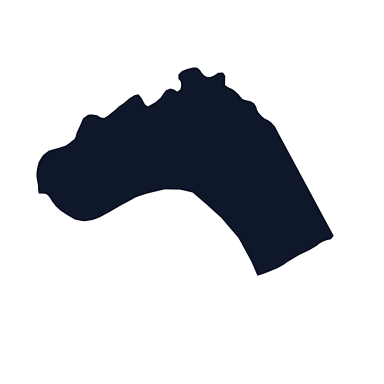 the district of Colares, Pará, Brazil, rotated 224°
{"feature_id": "56859067B45102544726331", "entity_name": "Colares", "entity_type": "district", "adm_level": 2, "iso_a3": "BRA", "parent_name": "Brazil", "parent_adm1": "Pará", "projection": "natural_earth1", "projection_center": [-48.239, -0.919], "detail": "fine", "context": "isolated", "style": "filled", "palette": "ink", "viewbox_px": 384, "rotation_deg": 224, "n_neighbors": 0, "source": "geoboundaries", "source_scale": "gbopen_adm2", "svg_char_len": 1753}
<svg xmlns="http://www.w3.org/2000/svg" viewBox="0 0 384 384"><g transform="rotate(224 192 192)"><path d="M60.3,258.3L173.7,294.5L178.2,296.0L183.9,296.3L187.0,295.7L191.0,294.5L193.8,294.2L199.3,294.5L202.9,295.7L205.3,297.2L208.8,298.1L212.1,297.5L215.2,295.7L217.6,294.2L220.2,293.1L226.6,293.8L231.7,293.7L234.4,293.2L238.8,291.7L242.7,291.0L247.1,295.7L249.3,298.0L252.5,298.6L255.2,295.7L256.5,290.4L258.1,286.9L260.4,284.7L263.5,283.6L266.9,283.6L271.1,284.5L274.5,284.2L276.9,282.1L280.2,276.9L282.5,271.9L282.6,267.3L280.2,264.8L276.1,264.2L273.1,261.5L270.8,257.8L271.8,253.2L275.7,252.6L278.9,250.8L280.6,247.0L280.2,242.8L279.3,238.3L279.9,231.4L282.5,222.3L286.4,221.5L289.8,222.5L293.6,223.8L298.0,224.3L299.8,221.7L301.3,216.2L301.8,211.1L302.3,207.0L303.3,203.0L303.6,197.0L304.3,192.1L304.7,188.5L305.9,183.8L309.0,181.5L313.4,180.5L317.7,177.4L319.7,175.1L320.7,169.4L317.6,161.1L315.4,154.7L313.5,151.4L312.5,148.5L313.1,145.2L313.5,141.5L314.5,136.9L316.1,134.1L317.6,131.3L320.3,126.7L323.0,121.9L323.9,115.8L323.5,112.1L322.3,107.3L319.9,102.9L316.6,98.2L313.9,95.4L306.5,90.0L304.2,87.7L301.3,85.4L298.3,88.2L296.0,89.9L292.9,90.3L289.2,89.7L286.1,88.8L283.5,88.4L279.5,87.9L273.1,88.1L270.4,88.7L267.1,89.2L264.4,89.9L259.4,91.0L256.9,91.8L254.5,93.4L251.5,95.4L249.4,97.0L247.3,99.8L244.9,103.0L242.7,107.2L241.2,110.9L238.3,120.1L237.2,123.9L235.0,131.8L231.5,142.8L230.6,145.7L229.6,149.1L227.5,153.4L223.9,160.1L214.2,175.3L202.9,185.9L191.5,192.8L173.0,193.9L152.8,194.5L126.5,192.0L100.4,183.8L87.1,178.2L83.8,184.4L81.3,190.0L80.0,193.1L78.4,196.5L76.0,204.7L75.6,207.8L71.9,221.4L67.9,232.0L65.7,240.0L65.3,243.6L64.0,247.8L62.0,251.9L60.1,254.5L60.3,258.3Z" fill="#0f172a" stroke="#020617" stroke-width="1.5"/></g></svg>